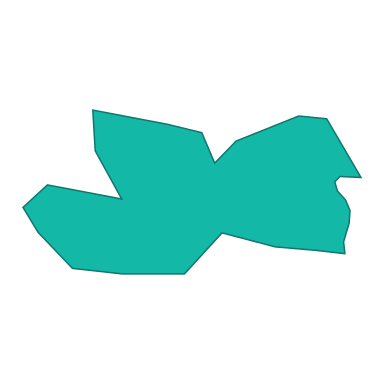 the Municipality of Salaspils
{"feature_id": "LVA-5775", "entity_name": "Salaspils", "entity_type": "Municipality", "adm_level": 1, "iso_a3": "LVA", "parent_name": "Latvia", "parent_adm1": "", "projection": "natural_earth1", "projection_center": [24.344, 56.878], "detail": "fine", "context": "isolated", "style": "filled", "palette": "teal", "viewbox_px": 384, "rotation_deg": 0, "n_neighbors": 0, "source": "natural_earth", "source_scale": "10m", "svg_char_len": 462}
<svg xmlns="http://www.w3.org/2000/svg" viewBox="0 0 384 384"><path d="M121.7,199.0L95.2,150.8L92.8,110.1L167.4,124.3L201.8,132.7L214.7,163.1L236.2,141.0L298.7,116.0L326.7,118.8L361.0,177.5L339.9,176.5L334.8,181.9L337.4,190.9L345.5,200.0L350.0,210.5L349.2,222.9L343.6,241.9L344.9,253.7L316.4,250.4L275.3,246.9L222.0,232.9L184.5,273.9L122.1,273.9L72.5,268.4L38.1,232.4L23.0,207.4L47.4,184.9L121.7,199.0Z" fill="#14b8a6" stroke="#0f766e" stroke-width="1.5"/></svg>